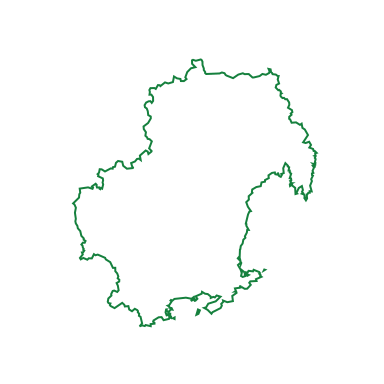 an SVG outline of Maga Buryatdan, rotated 333°
{"feature_id": "RUS-2615", "entity_name": "Maga Buryatdan", "entity_type": "Region", "adm_level": 1, "iso_a3": "RUS", "parent_name": "Russia", "parent_adm1": "", "projection": "albers", "projection_center": [153.715, 62.596], "detail": "fine", "context": "isolated", "style": "outline", "palette": "green", "viewbox_px": 384, "rotation_deg": 333, "n_neighbors": 0, "source": "natural_earth", "source_scale": "10m", "svg_char_len": 6021}
<svg xmlns="http://www.w3.org/2000/svg" viewBox="0 0 384 384"><g transform="rotate(333 192 192)"><path d="M185.9,302.1L180.7,302.9L178.9,307.8L173.4,306.2L170.4,302.8L170.1,304.0L167.2,305.0L167.0,306.8L164.8,308.4L155.7,308.4L154.1,309.3L152.4,304.1L150.2,300.8L152.2,301.2L155.8,298.9L163.5,300.2L169.9,298.2L167.0,295.4L164.5,296.3L163.3,295.1L160.6,294.9L161.2,293.6L159.7,290.1L157.4,288.5L155.6,285.5L154.4,287.0L147.9,286.6L148.3,289.6L145.7,290.4L145.1,290.2L145.6,288.8L141.5,288.5L145.7,287.2L145.8,286.4L143.1,286.9L138.6,283.4L127.8,279.3L125.2,279.9L124.3,278.7L123.6,279.0L124.3,280.2L120.3,282.5L118.8,282.3L119.7,283.9L119.3,284.9L121.1,286.1L121.1,287.9L119.7,287.0L117.3,288.1L116.1,287.6L115.4,286.4L116.2,285.1L115.6,284.9L113.8,287.2L113.4,290.4L114.6,290.7L115.6,289.5L115.4,291.0L116.3,289.8L117.4,290.5L116.4,292.2L116.8,293.6L116.2,294.8L114.9,293.4L113.9,294.6L108.5,293.3L108.1,289.7L105.4,288.5L99.4,289.0L98.5,289.9L99.2,291.5L98.8,292.3L95.2,290.9L94.3,292.8L90.3,289.5L89.1,290.0L87.0,288.2L84.3,287.9L87.9,286.4L89.5,279.8L88.5,278.2L89.7,276.4L89.1,274.6L89.8,273.6L89.6,272.4L88.0,270.1L84.4,271.0L82.7,268.2L83.5,264.8L80.2,263.5L80.5,261.8L79.5,259.1L70.3,260.3L67.7,256.6L67.5,255.4L68.7,254.3L67.2,253.1L67.1,251.6L69.1,248.9L73.2,247.7L73.6,246.3L76.4,244.2L77.9,244.5L80.0,247.1L82.0,246.3L83.4,241.8L83.5,238.9L86.5,238.7L87.4,237.2L86.6,235.1L88.0,233.8L88.4,230.6L87.7,227.8L89.2,224.7L87.1,223.7L87.3,217.4L84.6,212.9L84.7,211.2L79.6,205.0L77.2,204.5L76.4,202.9L72.6,205.7L69.9,204.2L68.0,204.8L65.2,201.4L62.3,201.5L62.2,199.9L66.3,198.1L66.5,195.9L67.6,196.3L69.4,195.3L68.8,194.2L69.7,193.4L69.5,192.0L70.1,190.2L69.6,188.6L71.8,187.6L73.4,188.5L74.9,187.3L73.8,185.3L74.5,184.2L73.5,180.8L74.7,176.1L73.8,172.5L74.5,170.1L74.2,167.3L74.8,165.1L76.3,163.2L78.3,157.3L81.4,153.3L81.6,149.8L80.9,148.2L88.8,145.7L90.6,142.8L92.1,141.9L93.5,138.0L101.5,140.7L104.8,144.0L105.8,143.2L105.4,141.6L109.9,140.9L110.3,142.5L109.7,143.1L109.4,144.9L111.4,145.8L111.1,147.1L111.6,147.9L112.8,147.1L113.5,148.2L116.3,144.9L116.6,143.0L118.0,141.4L118.7,139.4L115.5,135.3L116.4,134.4L116.0,133.2L117.9,132.6L120.1,129.8L121.8,130.8L123.8,134.2L130.3,134.1L131.9,135.2L132.8,134.0L134.9,134.5L137.5,131.5L140.2,130.8L143.6,133.4L142.6,137.4L144.6,141.7L150.1,143.8L150.5,143.5L150.3,141.9L150.9,138.6L155.1,138.9L158.0,137.6L159.8,138.2L160.8,140.2L162.1,135.9L169.6,134.0L170.9,135.9L170.4,138.4L174.1,137.6L174.6,137.2L173.6,133.7L179.2,128.6L178.2,125.7L176.6,124.5L176.8,123.0L176.0,120.7L178.1,117.8L177.6,114.1L178.6,111.6L184.2,110.6L188.7,107.7L189.5,106.0L187.9,103.6L189.3,99.9L189.6,97.1L188.6,95.1L189.2,93.1L191.7,91.5L194.5,91.5L196.2,92.2L196.6,94.3L198.7,93.2L200.4,89.7L200.0,86.8L198.3,86.0L199.9,83.7L200.3,81.8L202.1,80.6L205.7,82.3L206.5,83.7L210.2,81.3L211.7,82.2L211.9,83.3L217.7,82.1L220.1,84.5L224.9,85.4L228.4,80.9L230.2,83.9L233.0,86.0L232.5,88.1L235.1,89.5L238.4,88.9L238.1,86.8L242.2,83.0L247.2,81.3L251.7,82.3L250.3,77.8L251.8,74.7L252.9,74.7L255.0,76.8L260.0,77.9L260.5,78.8L260.5,80.6L259.0,83.7L258.6,87.3L257.9,88.6L258.2,91.1L257.7,92.0L258.2,93.3L270.4,98.9L272.9,99.1L274.9,100.9L275.1,103.0L275.7,104.0L280.3,109.2L286.6,108.4L291.2,109.3L292.3,110.8L296.1,112.7L297.9,117.4L299.1,118.0L304.9,119.4L308.3,118.8L311.1,121.1L314.6,121.0L315.9,119.7L316.1,117.1L317.7,118.4L316.8,121.2L317.4,122.4L317.3,123.6L320.0,125.4L321.0,127.6L321.8,128.0L319.5,130.6L318.8,134.9L315.8,134.9L314.0,136.9L315.1,140.5L316.0,140.6L316.8,142.7L316.1,144.0L316.6,144.8L315.5,144.9L314.5,146.4L314.6,147.6L315.3,149.4L316.7,149.9L317.2,151.7L318.8,152.4L319.2,156.3L318.3,158.5L315.8,160.5L318.2,164.4L317.7,166.4L315.6,166.9L315.7,168.4L312.8,169.1L311.8,170.9L312.4,171.9L312.2,175.5L316.3,177.2L318.7,181.2L320.7,180.9L319.5,185.0L320.9,187.5L321.2,193.9L313.6,198.2L315.4,199.9L319.2,200.4L319.4,204.1L316.7,205.7L319.4,208.6L319.0,210.6L319.9,211.0L320.8,213.7L319.3,213.4L318.6,215.4L317.7,215.4L318.4,216.2L316.9,217.4L317.1,218.8L314.8,221.5L315.2,222.0L314.3,223.5L312.6,221.9L313.2,224.1L313.0,224.9L311.6,223.9L311.8,225.6L309.0,227.9L308.8,230.1L307.3,229.9L306.6,231.4L307.2,232.3L304.0,234.7L303.8,236.7L300.1,240.0L298.9,245.8L297.2,244.7L296.6,246.1L295.3,245.5L293.2,246.8L293.4,245.4L291.6,250.0L289.7,251.2L289.4,248.5L290.4,248.3L290.1,247.4L290.7,246.1L290.6,245.0L289.2,243.5L290.5,243.4L290.1,241.8L291.7,240.6L292.6,236.6L289.0,236.9L284.6,240.3L284.9,241.1L283.3,240.8L285.8,235.1L284.3,231.9L284.5,230.9L282.1,231.2L282.6,229.7L285.2,229.6L283.8,228.8L284.7,227.9L284.5,226.7L285.8,226.6L286.4,224.9L285.3,224.1L288.6,220.8L288.1,220.2L288.5,219.2L288.0,218.7L288.8,217.3L287.8,216.7L289.8,214.1L288.9,212.7L289.4,212.1L288.3,208.7L284.1,212.2L282.3,216.8L279.7,216.5L279.8,217.6L278.0,218.8L276.9,217.4L277.3,213.7L276.2,215.5L274.3,214.0L274.7,212.2L271.9,211.3L267.7,211.9L266.7,214.5L262.5,214.5L261.7,215.9L258.3,215.0L255.9,218.0L251.6,216.8L246.8,217.1L245.3,219.3L245.5,220.2L240.6,221.5L239.2,224.6L235.7,225.7L235.1,230.5L235.8,235.8L234.2,235.5L231.7,237.5L225.5,244.7L225.9,245.3L225.1,246.7L225.3,251.5L224.0,250.8L222.4,253.1L219.0,255.5L218.8,257.0L216.1,257.8L213.7,260.9L210.9,262.3L208.8,265.3L208.9,264.5L204.6,272.2L203.9,275.5L204.1,272.9L205.1,270.9L202.7,271.9L203.6,274.8L203.7,277.6L202.6,278.6L203.1,277.0L199.8,277.9L200.0,282.2L202.2,287.0L199.9,284.3L199.5,286.8L197.6,289.1L198.6,290.7L201.1,291.1L202.0,288.5L202.8,288.2L202.4,290.3L203.2,291.8L204.9,291.7L203.3,289.8L203.2,287.9L205.1,288.9L206.6,287.9L210.3,290.4L211.6,289.3L215.6,293.9L215.7,295.1L214.8,295.4L215.4,297.2L214.7,297.7L215.4,299.1L209.4,298.7L209.1,300.6L203.4,298.1L201.8,298.9L202.2,301.4L197.3,303.2L195.0,302.2L193.3,299.5L191.6,299.1L192.8,297.2L190.9,298.9L186.5,297.4L186.1,300.1L185.1,300.2L186.2,300.7L185.9,302.1ZM144.0,299.4L145.3,301.0L142.4,303.5L140.2,303.4L144.0,299.4ZM118.8,297.2L117.8,295.9L119.5,295.9L118.8,297.2ZM220.3,294.6L221.2,293.9L221.8,294.5L220.3,294.6Z" fill="none" stroke="#15803d" stroke-width="2"/></g></svg>